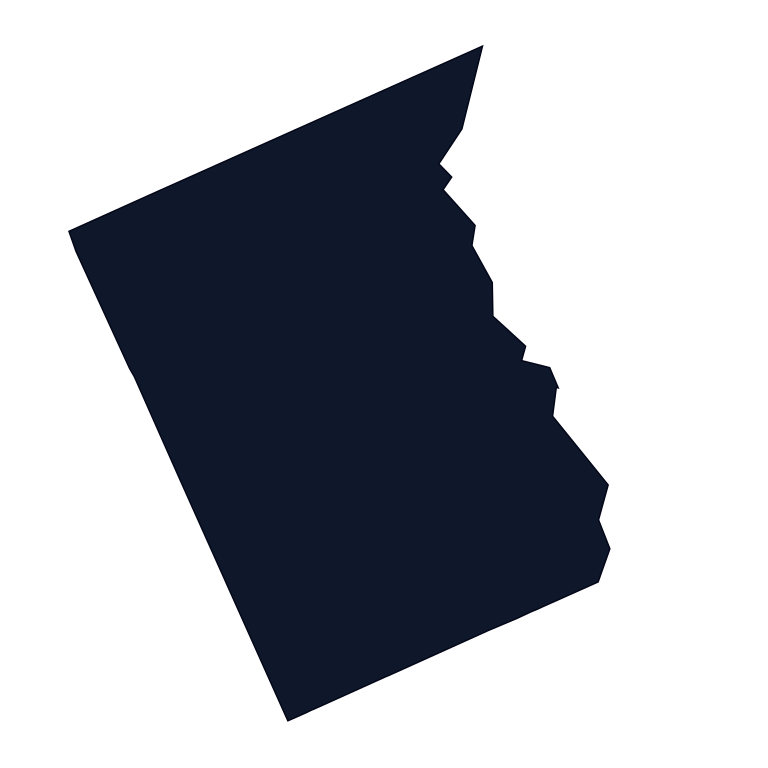 outline of St. Helena, Louisiana, United States of America, rotated 156°
{"feature_id": "52423323B72303975114408", "entity_name": "St. Helena", "entity_type": "district", "adm_level": 2, "iso_a3": "USA", "parent_name": "United States of America", "parent_adm1": "Louisiana", "projection": "orthographic", "projection_center": [-90.753, 30.825], "detail": "fine", "context": "isolated", "style": "filled", "palette": "ink", "viewbox_px": 768, "rotation_deg": 156, "n_neighbors": 0, "source": "geoboundaries", "source_scale": "gbopen_adm2", "svg_char_len": 651}
<svg xmlns="http://www.w3.org/2000/svg" viewBox="0 0 768 768"><g transform="rotate(156 384 384)"><path d="M238.0,545.5L244.4,562.8L209.1,585.3L156.6,652.6L233.1,652.5L520.8,652.0L609.7,651.6L611.4,630.3L610.1,501.7L609.1,492.0L609.3,383.6L608.8,115.4L587.4,115.4L586.1,115.5L582.3,115.6L580.6,115.5L501.7,115.9L498.4,115.8L388.9,116.4L357.0,115.8L343.1,116.1L334.4,115.9L329.3,116.0L324.2,116.0L268.9,116.1L244.7,141.6L243.3,172.6L220.3,200.6L243.1,286.0L228.0,310.8L226.4,309.6L226.0,331.5L248.8,349.4L239.3,360.9L257.0,401.6L243.8,432.7L247.4,474.7L236.3,491.8L251.0,537.5L238.0,545.5Z" fill="#0f172a" stroke="#020617" stroke-width="1.5"/></g></svg>